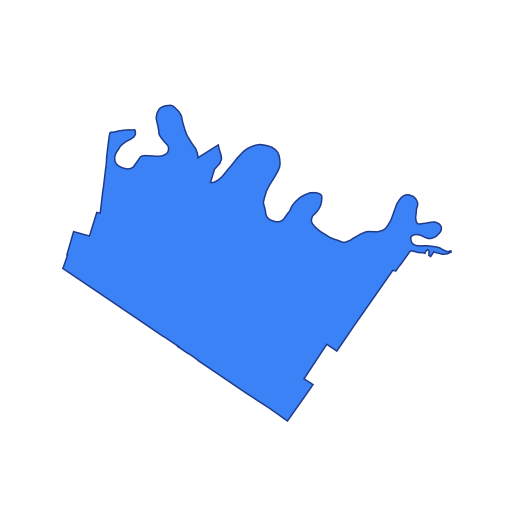 the district of Radulesti, Ialomita, Romania, rotated 346°
{"feature_id": "2599482B66503708972863", "entity_name": "Radulesti", "entity_type": "district", "adm_level": 2, "iso_a3": "ROU", "parent_name": "Romania", "parent_adm1": "Ialomita", "projection": "orthographic", "projection_center": [26.36, 44.763], "detail": "fine", "context": "isolated", "style": "filled", "palette": "blue", "viewbox_px": 512, "rotation_deg": 346, "n_neighbors": 0, "source": "geoboundaries", "source_scale": "gbopen_adm2", "svg_char_len": 5512}
<svg xmlns="http://www.w3.org/2000/svg" viewBox="0 0 512 512"><g transform="rotate(346 256 256)"><path d="M446.3,298.1L444.6,298.2L443.1,298.2L441.6,297.3L440.3,296.2L438.2,294.6L436.9,293.1L435.1,291.8L433.7,291.1L430.4,289.7L427.8,288.7L425.6,287.8L422.7,287.0L421.2,286.7L418.4,286.0L416.0,285.4L413.7,284.5L412.1,283.3L410.8,281.7L410.2,280.0L410.2,277.9L410.4,276.4L411.0,275.2L411.9,274.3L412.9,273.9L414.6,273.7L415.9,273.8L417.6,274.2L418.9,274.8L420.4,275.5L422.1,276.8L424.0,278.4L426.5,280.2L428.1,281.0L430.1,281.3L432.2,281.2L434.0,280.9L435.8,280.4L437.2,279.5L439.1,278.4L440.6,277.3L441.7,276.1L442.5,274.3L442.7,273.0L442.7,272.1L442.3,270.9L441.9,269.8L440.9,268.6L438.9,267.0L437.8,266.3L436.2,265.9L433.9,265.6L431.4,265.4L428.2,265.2L424.4,264.7L422.9,264.6L421.9,264.4L420.9,263.8L420.2,262.9L419.8,261.3L419.9,259.4L420.3,256.9L420.8,255.7L421.9,252.8L422.6,250.6L423.4,248.6L424.6,246.9L425.5,244.7L425.6,243.0L425.3,241.1L425.0,239.7L424.3,238.2L423.4,236.9L422.3,235.6L422.0,235.6L421.8,235.6L420.3,234.4L419.4,233.7L416.8,233.0L413.7,233.3L411.4,234.3L410.5,234.9L408.5,236.4L405.2,239.6L402.0,244.3L396.1,253.1L394.9,254.6L391.4,258.1L388.5,260.5L385.8,261.6L385.0,261.7L383.3,261.8L382.8,261.9L382.2,262.0L379.7,261.9L379.2,261.8L378.1,261.5L375.1,260.6L373.5,260.2L371.2,259.5L370.0,259.4L369.2,259.2L367.3,259.3L365.2,259.6L361.4,260.4L359.4,261.0L358.0,261.4L354.9,262.2L351.8,263.4L346.8,264.2L344.6,264.1L343.9,263.8L343.6,263.7L342.9,263.2L342.2,262.8L340.5,261.5L338.9,260.4L336.1,258.7L334.4,257.5L332.6,256.1L332.0,255.7L330.2,253.7L324.6,248.0L322.9,245.9L321.8,244.3L320.8,242.7L320.2,241.7L320.0,241.4L319.8,241.2L319.1,239.5L318.6,238.5L318.4,237.8L318.3,237.0L318.2,236.3L318.2,236.1L318.2,235.9L318.6,234.1L319.8,231.9L321.0,230.5L322.9,229.6L324.0,228.9L325.0,228.2L326.4,227.2L327.8,226.0L329.1,224.7L330.3,223.3L331.3,221.9L331.9,220.8L332.3,220.0L332.9,218.5L333.6,216.5L334.1,215.0L334.2,213.6L333.9,212.3L332.3,210.7L329.4,209.0L323.7,207.7L320.8,208.1L317.7,208.5L312.8,209.9L311.4,210.7L308.3,212.3L306.9,213.2L306.3,213.6L305.6,214.2L304.0,215.3L303.2,216.1L302.3,217.0L301.8,217.6L301.3,218.2L301.1,218.5L300.3,219.6L299.4,220.7L298.8,221.2L298.1,221.6L297.2,222.2L296.6,222.8L295.6,223.6L294.6,224.5L293.5,225.4L293.1,225.8L292.3,226.5L291.5,227.0L291.1,227.3L290.0,227.8L289.0,228.1L288.6,228.2L287.7,228.3L287.3,228.3L286.9,228.3L285.2,228.0L284.3,227.7L283.6,227.6L282.4,227.0L281.4,226.3L280.0,225.4L278.6,224.4L277.6,223.3L276.6,221.8L276.1,220.9L276.0,220.6L275.8,219.1L275.6,217.4L275.9,216.1L276.0,214.5L276.0,214.4L276.1,212.3L276.0,206.0L276.7,204.6L277.9,202.2L280.5,197.8L281.8,195.7L283.6,193.5L286.0,190.7L292.8,184.2L295.0,181.9L298.0,178.7L299.0,177.3L300.3,175.6L301.7,172.2L302.4,168.1L302.7,164.4L302.7,164.0L302.1,160.6L300.6,157.7L300.4,157.3L297.9,154.5L294.4,152.1L290.5,150.2L286.5,148.7L282.2,148.4L277.3,148.9L273.9,149.6L272.2,150.3L271.4,150.6L269.5,151.3L268.2,152.1L267.3,152.7L261.6,156.3L253.6,162.5L252.6,163.1L248.7,166.0L243.8,169.7L242.3,170.8L237.7,173.1L233.8,174.2L231.3,174.2L229.6,173.6L231.7,170.2L233.6,167.0L235.1,164.5L236.7,161.8L243.2,157.5L245.1,154.8L246.1,153.4L246.5,149.8L246.1,142.6L246.3,139.1L223.4,146.6L223.6,146.1L224.0,142.0L223.4,137.1L222.3,134.4L221.4,132.2L220.6,129.8L218.5,123.2L217.9,119.8L217.5,115.4L217.2,108.1L217.5,103.1L217.4,101.5L217.2,100.7L216.1,97.3L212.8,91.8L211.2,89.9L209.1,89.0L203.9,88.3L200.3,88.8L197.9,89.8L196.3,91.3L194.7,93.2L193.2,96.2L192.4,98.4L192.2,106.4L192.0,110.2L191.4,114.0L191.7,115.7L192.6,118.4L194.3,122.2L197.0,127.1L197.4,129.1L196.9,131.4L196.0,133.4L194.1,135.0L191.4,135.8L188.7,136.1L184.6,135.5L180.1,134.0L175.3,132.5L172.0,131.6L169.5,131.4L168.6,131.6L167.8,132.0L167.0,132.6L163.6,135.6L158.3,140.1L155.5,140.8L152.5,140.5L149.4,139.1L146.7,137.4L144.2,135.1L142.6,132.5L142.1,129.3L142.7,126.2L143.9,123.9L145.7,121.6L149.1,118.5L150.1,117.4L151.5,116.3L153.6,115.2L157.5,113.5L162.4,112.4L166.2,111.0L167.3,110.0L168.3,109.0L168.7,107.6L169.0,106.2L169.1,104.9L168.6,104.0L166.7,103.9L166.1,103.7L165.6,103.6L163.8,103.1L163.7,103.1L163.2,102.8L161.9,102.6L160.5,102.4L158.9,102.1L157.9,101.9L157.5,101.9L153.5,101.5L152.6,101.4L152.2,101.4L147.5,101.4L146.6,101.1L145.4,100.8L143.9,101.3L143.5,102.5L142.6,104.1L142.1,105.4L141.5,106.9L140.9,108.4L134.6,124.9L134.5,125.4L134.4,126.1L133.5,128.8L132.7,131.4L131.2,134.9L128.5,142.1L127.8,143.9L123.9,154.2L123.6,154.5L118.4,168.3L115.2,176.7L112.0,175.2L110.8,177.3L99.8,195.4L99.2,196.3L84.9,188.2L72.8,209.1L73.4,209.5L71.5,212.4L67.0,219.3L66.1,220.7L65.6,221.4L71.2,227.6L77.1,234.2L86.4,244.5L103.0,263.0L133.4,296.9L146.5,311.6L147.0,311.9L158.3,324.3L158.9,324.9L158.3,325.1L161.3,328.4L166.6,334.3L167.5,334.9L171.6,339.5L173.1,341.4L173.7,342.0L174.5,343.5L180.4,350.0L196.0,367.4L213.2,386.6L214.4,387.9L215.7,389.2L222.4,396.5L230.1,404.7L230.4,404.9L232.7,407.5L245.7,422.7L246.6,423.7L248.9,421.7L255.5,416.0L261.9,410.5L263.0,409.6L280.2,394.6L272.9,386.8L303.3,358.8L311.4,367.8L320.0,360.2L332.7,348.8L385.3,303.0L386.6,303.6L387.9,304.4L388.6,303.9L391.4,301.3L394.6,299.0L396.3,297.5L397.8,296.3L405.7,289.5L406.7,288.8L407.4,288.5L408.5,288.8L410.3,289.7L412.5,290.9L415.1,292.3L415.8,292.4L418.6,293.1L420.5,294.3L421.9,292.5L423.9,291.4L425.2,292.5L424.6,294.8L423.9,297.2L425.3,298.8L429.7,294.9L430.5,295.5L431.2,296.2L433.3,297.2L437.5,299.5L442.2,300.2L442.6,300.1L446.4,299.3L446.4,299.0L446.3,298.1Z" fill="#3b82f6" stroke="#1e3a8a" stroke-width="1.5"/></g></svg>